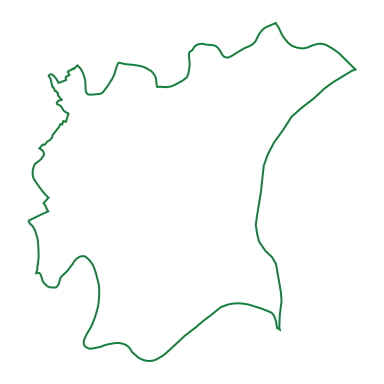 Thai Thuy, Thái Bình, Vietnam
{"feature_id": "81297802B86878375688696", "entity_name": "Thai Thuy", "entity_type": "district", "adm_level": 2, "iso_a3": "VNM", "parent_name": "Vietnam", "parent_adm1": "Thái Bình", "projection": "natural_earth1", "projection_center": [106.487, 20.541], "detail": "fine", "context": "isolated", "style": "outline", "palette": "green", "viewbox_px": 384, "rotation_deg": 0, "n_neighbors": 0, "source": "geoboundaries", "source_scale": "gbopen_adm2", "svg_char_len": 5550}
<svg xmlns="http://www.w3.org/2000/svg" viewBox="0 0 384 384"><path d="M36.2,273.2L37.5,272.8L38.3,272.8L39.0,272.9L39.6,273.3L40.1,273.9L40.7,274.8L41.0,275.6L41.5,277.2L42.5,280.5L42.8,281.3L43.3,282.1L44.7,283.7L46.2,285.2L47.5,286.3L48.1,286.6L48.6,286.9L49.6,287.2L52.8,287.5L55.4,287.5L56.2,287.3L56.7,286.9L57.2,286.3L57.7,285.7L58.4,284.5L58.9,283.4L60.0,279.2L60.5,278.0L60.9,277.2L62.1,275.9L63.3,274.8L65.3,272.9L67.6,270.6L69.4,268.2L70.1,267.2L72.2,264.6L73.8,262.0L75.0,260.4L75.5,259.8L77.1,258.4L78.9,257.2L79.8,256.7L80.6,256.5L81.3,256.3L82.5,256.1L83.2,256.1L84.0,256.2L84.7,256.4L85.5,256.7L87.5,258.3L89.7,260.5L91.3,262.6L92.7,264.6L93.9,267.4L94.6,269.2L95.4,271.8L95.7,272.6L96.6,275.7L96.9,277.2L98.0,281.3L99.0,285.7L99.1,287.1L99.2,290.4L99.2,294.3L98.9,299.0L98.4,304.0L98.2,305.6L97.7,307.9L97.2,309.4L96.7,311.5L95.7,314.9L95.2,316.3L94.6,318.4L93.9,320.0L92.5,323.5L91.5,325.9L91.1,326.8L90.0,328.7L88.7,330.8L87.4,333.0L85.6,336.4L84.6,338.6L84.0,340.2L83.8,341.5L83.7,342.9L83.8,343.8L84.0,344.6L84.5,345.6L84.9,346.2L85.6,346.9L86.4,347.4L87.1,347.8L89.1,348.5L89.9,348.7L90.8,348.7L91.8,348.6L92.6,348.4L95.9,347.8L97.6,347.5L99.0,347.2L100.3,346.9L104.1,345.4L107.7,344.4L110.1,343.9L111.6,343.7L115.0,343.1L116.2,343.0L117.4,342.9L119.7,343.1L121.6,343.5L123.0,343.8L125.3,344.6L126.3,345.2L128.5,346.9L129.9,348.4L130.5,349.4L131.8,351.7L134.5,354.2L137.7,357.0L139.0,358.0L140.7,358.8L142.5,359.7L145.1,360.5L147.2,360.9L149.1,361.0L151.9,360.8L153.1,360.6L154.6,360.1L156.6,359.3L160.3,357.2L163.0,355.6L164.9,354.1L169.6,349.9L177.3,342.8L184.1,336.4L186.3,334.6L196.0,327.2L197.5,325.8L204.7,319.8L210.0,315.9L218.7,308.9L220.5,307.5L222.1,306.6L227.8,304.6L231.1,303.9L233.9,303.5L238.8,303.3L241.4,303.5L244.7,303.9L248.7,304.6L254.9,306.5L262.3,308.9L268.3,311.3L271.1,312.5L272.4,313.6L273.4,314.9L274.4,316.7L275.2,318.8L276.1,322.1L276.9,326.8L277.2,328.1L279.8,329.6L279.3,327.4L279.8,314.9L281.5,301.6L281.0,292.9L276.0,263.9L272.0,257.1L265.3,250.8L259.1,241.6L257.2,234.1L255.8,224.9L256.9,216.7L261.0,191.5L263.7,165.9L267.7,154.6L274.2,142.2L283.1,130.0L291.6,116.7L302.5,107.1L313.5,98.7L324.5,88.5L332.8,82.4L351.7,70.9L355.4,69.5L339.4,53.6L335.9,50.9L332.4,48.5L328.5,46.3L326.1,44.9L323.9,44.2L321.6,43.8L318.7,43.8L317.2,44.1L314.5,44.8L311.8,45.6L307.6,47.5L305.6,48.0L303.2,48.4L300.1,48.2L297.9,47.8L294.6,46.9L290.9,45.1L287.7,42.4L286.7,41.1L285.1,39.2L283.4,36.9L281.5,33.8L279.2,28.7L277.8,26.2L276.5,24.5L275.8,23.0L269.7,25.6L265.8,27.3L263.4,28.9L261.4,31.0L259.0,34.3L255.6,41.1L254.2,42.8L252.5,44.3L250.1,45.8L243.9,48.5L236.6,52.8L232.0,55.8L228.2,57.5L226.6,57.5L225.0,57.1L223.8,56.5L222.6,55.1L221.2,52.8L219.9,50.5L218.4,48.4L216.9,46.9L215.8,46.2L214.4,45.5L212.3,45.1L208.2,44.8L206.3,44.6L204.7,44.3L204.3,44.1L203.6,43.9L202.8,43.8L200.2,44.0L198.8,44.2L198.1,44.4L196.7,45.0L195.3,45.9L194.1,47.2L192.7,49.7L191.6,50.6L189.9,51.8L189.2,52.6L189.0,54.1L189.0,56.8L189.6,62.2L189.7,64.9L188.7,72.2L188.0,74.8L187.0,77.0L186.4,77.7L182.8,80.5L175.7,84.4L171.9,86.2L169.0,86.8L165.4,87.2L161.3,86.8L158.9,86.8L157.7,87.1L157.2,86.9L157.0,86.6L156.7,85.3L156.1,79.6L155.8,78.0L155.2,76.4L154.5,75.1L153.4,73.5L151.8,71.6L150.9,70.9L146.1,68.1L143.7,67.0L140.4,66.0L134.9,65.1L132.1,64.7L126.6,64.3L123.7,63.8L119.1,62.7L118.5,63.0L118.3,63.2L117.5,64.5L117.1,65.4L116.8,66.4L116.5,67.0L114.4,74.2L112.7,78.0L108.3,85.1L106.9,87.0L104.5,90.2L102.9,92.2L102.0,92.9L100.1,93.9L91.2,94.7L89.2,94.6L88.1,94.4L87.2,93.7L86.6,93.2L86.2,92.1L85.8,90.8L85.6,89.2L85.4,83.1L85.2,80.6L84.8,78.7L84.3,77.0L83.5,74.6L82.7,72.5L81.7,70.5L80.6,68.8L79.2,67.1L77.5,65.4L73.5,69.1L73.2,68.6L68.5,71.2L67.9,71.6L67.9,71.9L69.0,74.4L69.4,75.1L65.9,76.9L65.7,77.4L65.8,78.7L66.0,80.1L59.3,82.7L58.8,82.8L58.6,82.8L58.3,82.6L57.4,80.7L56.5,79.1L54.9,77.2L53.6,75.8L52.6,74.9L52.3,74.7L51.6,74.4L50.4,74.4L49.9,74.6L49.4,74.9L49.0,75.4L48.7,76.0L49.7,77.5L50.6,78.9L50.8,79.4L51.1,80.7L51.4,82.6L52.5,87.1L52.6,87.3L52.8,87.3L53.4,87.3L54.2,89.0L55.0,91.0L56.1,91.1L56.9,92.4L57.6,92.9L58.0,93.1L57.8,93.7L57.7,94.0L58.3,95.8L58.4,96.1L59.0,96.3L59.5,97.2L61.7,99.6L61.8,99.7L61.8,99.8L60.4,100.1L59.5,100.4L58.4,100.9L57.6,101.5L57.0,102.3L56.8,102.8L56.8,103.4L56.9,103.8L57.2,104.2L59.1,105.1L60.4,105.8L61.0,106.4L61.9,107.8L63.0,109.6L63.7,110.6L64.5,111.3L65.5,112.0L67.2,112.9L68.4,113.4L68.5,113.5L67.1,117.9L66.0,121.8L65.3,121.7L63.6,121.0L63.4,121.1L63.2,121.2L62.2,124.5L60.9,124.1L60.4,124.2L59.4,126.2L58.4,127.8L56.9,129.7L53.8,133.6L52.6,135.2L52.3,136.7L51.6,138.1L50.6,139.4L49.4,140.4L47.5,141.4L44.7,144.8L43.1,144.5L42.7,144.6L42.3,145.0L39.4,148.4L41.0,149.4L41.8,149.9L42.5,150.6L43.0,151.3L43.6,152.2L43.8,152.9L44.0,153.5L44.0,154.3L43.9,154.7L43.4,155.9L42.3,157.4L41.7,158.3L41.2,158.9L40.4,159.7L39.4,160.6L35.7,163.4L34.9,164.1L34.6,164.6L34.3,165.2L33.9,166.2L32.8,170.1L32.7,170.8L32.7,172.5L32.7,174.7L32.8,175.3L33.1,176.9L33.5,178.2L34.0,179.2L35.4,181.4L37.0,183.7L40.2,188.2L42.0,190.5L44.2,193.2L45.8,195.0L47.4,196.7L48.5,197.7L45.4,201.1L43.6,203.0L46.0,206.8L46.6,208.7L48.2,211.3L41.5,214.4L29.3,220.3L29.1,220.4L28.6,221.0L28.7,221.3L29.4,222.6L30.2,223.9L30.3,224.2L30.9,224.5L31.3,224.7L32.0,225.5L33.0,226.7L33.8,227.9L34.1,228.6L35.2,231.0L36.2,234.3L36.9,236.3L37.4,238.3L37.6,239.5L37.9,241.5L38.2,245.1L38.5,249.8L38.5,251.4L38.6,253.2L38.6,257.5L38.5,258.6L38.0,262.4L38.1,263.1L38.2,263.6L37.8,264.6L37.4,265.7L37.4,266.2L37.4,268.8L37.3,269.4L37.2,269.8L36.7,271.1L36.4,272.3L36.2,273.2Z" fill="none" stroke="#15803d" stroke-width="2"/></svg>